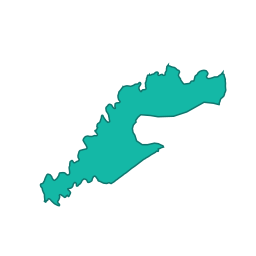 Riche Fond, Dennery, Saint Lucia, rotated 147°
{"feature_id": "8701671B84932876584417", "entity_name": "Riche Fond", "entity_type": "district", "adm_level": 2, "iso_a3": "LCA", "parent_name": "Saint Lucia", "parent_adm1": "Dennery", "projection": "mercator", "projection_center": [-60.921, 13.935], "detail": "fine", "context": "isolated", "style": "filled", "palette": "teal", "viewbox_px": 256, "rotation_deg": 147, "n_neighbors": 0, "source": "geoboundaries", "source_scale": "gbopen_adm2", "svg_char_len": 5940}
<svg xmlns="http://www.w3.org/2000/svg" viewBox="0 0 256 256"><g transform="rotate(147 128 128)"><path d="M183.6,105.8L183.0,106.0L182.1,105.8L181.9,105.6L181.8,105.0L181.5,104.2L181.5,102.1L181.3,101.2L181.7,100.5L181.7,100.1L181.6,99.7L180.4,98.2L178.8,95.5L178.4,95.0L176.5,93.4L175.9,93.0L174.0,92.6L173.4,92.3L173.0,91.3L172.4,90.6L168.2,90.5L167.2,90.8L165.0,90.8L163.5,91.0L157.8,91.3L156.7,91.5L153.8,91.5L147.0,92.2L143.0,92.3L131.8,93.2L130.7,93.0L129.3,93.1L126.4,92.9L123.2,93.0L118.1,92.7L116.9,93.0L116.4,92.8L115.6,92.1L115.2,92.1L114.3,93.1L114.2,93.9L114.0,94.0L112.5,93.5L110.6,93.3L108.6,92.7L108.4,94.0L109.8,96.1L111.1,98.3L114.1,100.9L120.8,103.4L125.2,106.3L127.8,112.5L126.2,118.3L126.2,121.6L124.6,125.2L122.0,127.5L119.5,128.3L118.1,128.5L117.4,130.2L113.9,131.6L110.1,132.2L102.4,126.3L96.7,121.1L83.3,113.0L70.0,109.5L50.2,108.2L42.9,102.3L38.9,98.0L38.4,98.3L37.9,99.2L37.7,99.4L36.3,100.3L35.9,100.8L34.7,101.7L33.7,102.1L31.9,102.2L31.4,102.4L30.3,102.6L28.8,103.7L27.9,104.7L26.6,105.4L25.3,106.6L24.6,108.1L23.5,110.1L21.8,112.5L20.8,114.6L19.9,115.8L18.9,119.5L18.4,120.5L18.5,121.0L19.2,121.7L18.0,123.1L20.9,122.2L23.1,122.3L24.6,122.0L25.8,122.5L27.7,123.7L29.6,124.1L32.0,124.8L33.6,125.6L34.0,126.0L34.4,126.5L34.4,127.9L34.1,128.5L33.6,128.8L32.8,129.1L31.8,129.7L31.2,130.3L31.1,131.4L31.2,133.1L31.5,133.7L32.4,134.6L33.2,135.2L34.9,135.9L36.7,136.3L37.8,136.3L39.6,135.9L40.7,135.2L43.2,135.0L44.0,134.5L46.1,132.5L46.6,132.0L47.3,131.7L48.9,132.6L49.5,132.7L49.9,132.7L51.0,132.1L51.6,132.0L52.4,132.0L56.9,134.2L57.3,134.7L57.5,136.0L57.7,139.5L57.2,140.8L57.4,143.3L57.2,144.2L57.0,144.8L55.9,145.8L54.6,146.6L54.3,146.9L54.1,147.3L54.0,148.2L54.1,148.7L54.8,149.5L55.0,149.8L55.5,152.0L56.0,153.3L57.7,155.0L58.7,156.3L59.1,157.0L59.9,157.9L60.3,158.5L59.9,159.0L62.0,158.3L62.6,157.5L63.2,157.0L64.5,155.2L64.9,154.9L66.3,154.3L67.0,153.8L67.7,152.6L68.3,152.4L69.3,152.6L69.9,153.2L70.0,154.1L70.2,154.4L70.6,154.6L71.9,155.0L72.6,155.0L73.4,155.2L73.9,156.0L73.8,156.7L73.4,157.1L72.9,157.2L72.7,157.5L72.7,158.4L72.8,158.7L73.1,159.0L73.9,159.5L74.6,159.6L75.6,159.5L76.7,159.3L77.2,159.3L78.4,159.8L79.2,160.0L80.0,160.0L81.1,160.4L81.2,160.5L81.0,161.1L81.4,160.9L81.9,161.0L82.5,161.5L82.8,161.4L83.1,161.3L84.4,160.1L85.3,159.6L85.7,159.2L86.1,158.4L86.7,158.0L87.5,157.1L88.9,156.3L89.4,155.4L89.7,154.5L90.7,153.2L90.9,152.0L91.3,151.3L92.0,150.9L92.7,150.9L94.8,152.0L96.1,151.9L96.7,151.4L96.9,151.4L97.3,151.4L97.7,152.9L97.6,154.1L97.4,155.1L96.6,156.3L93.8,157.6L93.3,158.0L93.1,158.3L93.0,159.3L93.2,159.6L93.6,159.9L94.7,159.8L95.2,159.5L95.8,159.6L98.2,160.8L100.2,160.8L103.0,161.4L105.2,163.4L106.2,164.1L106.9,164.4L109.3,165.1L109.6,165.5L110.0,165.1L111.5,164.7L113.5,163.9L115.9,163.2L117.1,162.0L118.8,160.6L119.7,159.0L120.4,156.9L120.2,154.9L120.3,154.4L120.5,154.3L121.1,154.0L121.6,154.0L123.8,155.2L125.2,155.4L125.6,155.3L126.9,153.7L127.4,152.9L127.6,151.7L128.0,151.4L128.4,151.5L129.0,152.1L129.2,152.4L129.4,153.8L129.3,156.2L129.9,157.3L130.6,158.0L130.8,158.1L131.8,158.2L132.9,157.7L134.9,157.3L135.4,157.0L135.9,156.4L136.8,154.5L137.0,153.9L137.0,151.1L137.3,149.2L138.0,147.8L138.3,146.7L139.0,145.5L139.2,144.7L139.7,143.6L140.0,143.3L141.5,143.5L142.0,143.9L142.1,145.0L142.6,146.4L142.5,147.5L142.7,148.8L142.6,149.1L142.6,149.8L142.5,151.2L142.3,151.8L142.3,152.3L142.5,152.6L142.8,152.8L143.6,152.5L145.1,150.8L146.8,149.5L147.8,148.6L149.0,148.1L150.9,148.1L151.9,147.7L153.3,146.2L153.4,145.9L153.3,144.9L153.9,144.7L154.3,144.2L155.1,143.9L155.7,143.5L156.8,143.8L157.2,143.7L157.4,142.7L157.0,142.2L157.2,141.2L157.0,140.2L157.2,139.2L157.6,138.8L158.0,138.6L158.4,138.6L158.9,138.8L160.2,139.9L162.6,140.4L163.3,140.8L165.0,142.0L166.0,143.1L166.8,143.5L168.2,143.9L168.8,143.9L169.8,143.7L171.6,142.9L172.4,142.0L172.6,138.8L172.6,136.2L172.9,134.3L173.3,133.5L173.6,133.4L174.5,133.2L177.4,134.3L180.4,135.2L180.7,135.2L181.8,134.9L184.9,132.2L185.8,130.7L186.0,129.3L186.0,128.3L186.1,128.1L187.3,127.5L188.2,127.5L189.0,127.8L191.3,127.8L192.1,128.1L192.4,128.7L192.4,130.8L192.6,131.2L193.1,131.4L193.6,131.4L195.1,131.1L196.0,129.9L196.5,129.6L197.0,128.6L197.4,128.1L198.3,127.5L199.0,126.8L200.1,124.5L201.1,122.5L201.6,121.8L202.6,121.1L203.2,121.1L204.4,121.6L204.9,122.5L205.2,124.1L205.7,125.0L206.2,125.5L207.2,126.2L209.5,127.4L209.9,127.4L210.4,127.2L212.1,125.7L215.3,124.3L217.6,124.1L218.1,124.1L218.5,124.4L218.6,124.6L218.9,125.5L218.9,127.3L218.5,128.9L218.8,131.2L220.1,132.7L220.6,133.0L221.6,132.9L224.9,130.9L227.2,129.0L227.9,128.8L229.1,128.1L230.2,128.1L231.6,128.5L232.2,128.2L232.6,127.6L232.9,126.7L233.0,126.2L232.8,124.6L232.8,124.0L233.2,123.3L233.5,122.5L234.0,120.1L234.2,118.1L234.5,117.4L235.4,116.0L236.8,113.3L237.3,112.4L238.0,112.2L237.9,111.6L237.4,110.7L236.8,110.8L236.5,111.1L236.3,111.6L236.0,111.6L235.5,111.2L235.2,111.2L234.7,111.2L233.9,111.8L233.3,112.0L232.7,111.7L232.1,110.3L231.9,108.5L231.0,104.8L230.4,103.6L229.1,101.4L228.7,100.9L228.0,100.3L227.4,100.6L227.1,101.3L227.5,103.2L227.4,104.3L227.1,104.6L226.5,104.9L225.0,105.6L223.8,106.5L223.2,107.0L222.6,107.8L222.3,108.9L221.9,109.2L221.6,109.3L220.8,108.8L220.5,108.4L220.1,107.2L219.8,106.7L219.2,104.9L218.9,104.3L218.3,104.1L217.6,104.3L217.3,104.2L216.7,104.7L215.5,104.6L215.5,103.5L215.4,103.2L215.2,102.9L214.8,102.9L214.5,103.0L213.1,103.9L212.3,104.3L211.6,104.9L211.3,105.4L211.4,107.0L211.9,108.9L211.7,109.6L211.5,109.8L208.6,108.7L207.2,108.8L205.9,109.3L204.5,110.7L202.8,111.3L202.2,111.3L202.0,111.0L201.7,110.3L201.6,109.7L201.8,109.0L202.3,108.5L202.7,107.6L202.7,107.4L202.5,107.1L202.1,106.9L201.5,106.8L200.3,107.2L198.4,107.3L196.9,107.9L194.9,109.1L192.7,109.3L192.0,108.6L191.4,107.9L191.0,106.7L191.3,104.6L191.1,104.1L190.6,103.8L189.8,103.5L188.9,103.4L187.5,103.4L187.0,103.5L186.6,103.8L185.7,104.7L185.3,105.0L183.7,105.9L183.6,105.8Z" fill="#14b8a6" stroke="#0f766e" stroke-width="1.5"/></g></svg>